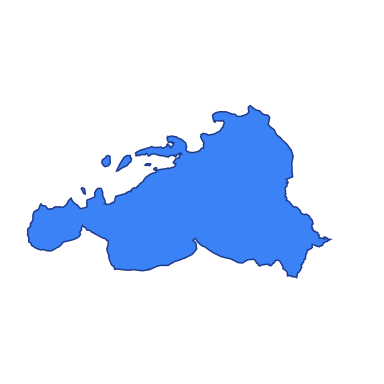 outline of Central Malekula, Malampa, Vanuatu, rotated 287°
{"feature_id": "77236927B27410418950848", "entity_name": "Central Malekula", "entity_type": "district", "adm_level": 2, "iso_a3": "VUT", "parent_name": "Vanuatu", "parent_adm1": "Malampa", "projection": "robinson", "projection_center": [167.441, -16.165], "detail": "fine", "context": "isolated", "style": "filled", "palette": "blue", "viewbox_px": 384, "rotation_deg": 287, "n_neighbors": 0, "source": "geoboundaries", "source_scale": "gbopen_adm2", "svg_char_len": 6073}
<svg xmlns="http://www.w3.org/2000/svg" viewBox="0 0 384 384"><g transform="rotate(287 192 192)"><path d="M291.6,222.3L289.7,221.1L286.6,222.1L285.5,223.0L284.4,222.9L281.7,220.9L278.5,216.4L277.5,213.2L278.9,210.6L278.3,207.6L278.6,200.9L276.8,195.0L274.7,191.5L273.0,190.0L271.4,189.2L270.7,189.5L267.6,191.1L265.8,192.6L265.4,193.5L267.2,193.8L268.4,199.4L269.2,200.2L269.1,201.1L267.6,202.7L264.3,202.4L263.6,202.9L261.9,201.8L258.8,201.1L253.8,196.1L251.3,191.4L251.6,189.6L251.4,185.7L249.5,183.8L248.8,184.5L247.6,184.1L246.2,185.0L243.5,187.7L243.0,189.1L240.5,189.1L237.4,190.3L236.6,188.3L233.8,187.2L231.9,185.1L230.0,181.5L229.3,178.5L229.5,175.3L230.6,173.7L233.3,173.8L237.1,171.5L239.3,166.3L239.5,162.7L240.2,161.1L239.4,155.6L237.3,152.9L237.8,152.6L236.6,152.2L234.4,153.4L232.5,155.1L233.3,156.8L234.0,157.3L233.5,158.3L232.7,158.7L232.5,159.9L233.8,159.4L234.0,160.3L232.9,160.1L231.6,160.5L228.1,158.7L229.6,157.3L229.7,156.4L230.8,154.7L229.6,154.1L228.6,154.7L225.9,152.2L225.6,150.9L225.9,149.1L224.9,147.2L223.4,142.3L223.7,140.0L222.8,139.4L216.8,130.3L213.4,126.9L212.3,126.6L211.5,127.8L210.4,127.6L210.2,128.0L211.2,129.3L211.3,130.8L213.2,133.0L213.9,136.3L215.6,136.8L215.4,137.7L213.7,139.8L214.2,140.7L216.0,141.9L217.3,144.1L217.6,147.6L217.3,148.6L217.6,151.8L218.5,154.7L218.1,155.8L218.6,159.3L219.3,159.3L220.5,160.7L222.0,163.9L222.3,165.0L221.9,164.2L221.2,164.3L221.0,165.8L222.1,166.6L222.6,166.1L225.7,169.1L225.8,170.1L225.2,169.8L224.8,170.9L223.8,169.3L221.7,169.4L220.9,170.0L219.5,166.8L218.3,166.8L215.0,165.4L213.9,166.4L213.8,167.0L214.4,167.9L213.7,168.6L212.3,168.5L210.8,167.7L207.7,163.0L207.9,162.2L206.7,160.4L203.8,154.0L201.6,151.9L200.0,151.6L198.7,149.2L196.9,147.0L192.8,143.7L190.3,142.6L187.9,142.2L184.2,139.5L183.5,139.5L181.1,137.9L180.0,138.0L178.8,135.0L177.1,133.7L175.4,133.0L174.5,133.5L174.0,131.2L172.9,130.6L172.4,129.5L171.7,129.7L171.4,129.4L165.5,120.3L161.0,120.6L158.8,120.2L158.7,119.0L156.5,117.0L155.6,115.6L155.2,112.5L155.5,112.9L159.6,110.3L161.9,107.9L165.7,106.6L168.7,104.3L168.7,103.0L167.9,101.1L166.2,99.9L162.9,99.2L159.6,100.3L158.4,100.1L153.6,94.0L150.6,94.6L147.7,95.9L147.0,95.7L145.2,93.5L143.7,90.5L143.6,89.7L146.0,86.2L146.6,83.3L148.6,80.0L150.8,78.2L147.7,76.4L144.7,76.0L142.2,75.1L140.0,73.5L139.1,71.6L139.2,69.5L138.2,69.0L138.5,68.4L138.2,66.2L136.6,64.2L135.3,63.8L134.3,61.0L133.8,60.6L133.8,58.9L135.8,56.0L135.2,52.7L136.5,51.1L134.7,50.5L131.4,50.5L129.2,49.3L129.1,48.7L127.4,47.1L126.3,46.7L123.7,46.6L118.9,48.0L115.5,47.4L115.3,46.8L112.8,47.1L112.0,47.8L108.8,45.8L106.5,46.3L105.4,47.0L103.6,46.9L100.3,49.4L96.6,50.5L95.8,53.2L94.0,54.2L92.5,60.1L92.4,63.0L92.5,64.6L93.6,66.7L93.4,69.5L94.0,73.2L95.2,75.4L99.6,79.4L100.4,80.6L103.5,82.5L105.6,83.1L106.8,84.1L111.1,91.4L113.8,94.9L116.1,96.9L118.7,97.8L120.9,96.4L123.4,97.4L125.9,96.7L127.9,97.2L127.1,98.6L126.6,101.1L125.1,102.0L124.8,102.9L125.6,105.5L124.6,106.9L121.9,120.2L122.1,122.6L120.7,124.7L121.1,125.4L120.7,126.2L117.0,127.2L112.6,127.3L111.2,127.9L106.6,131.3L105.2,131.5L102.7,133.1L98.7,136.5L97.7,139.4L95.5,140.6L96.6,143.4L98.0,151.6L99.1,155.5L100.6,158.5L102.1,167.3L104.2,171.9L105.3,172.6L104.9,173.0L105.6,174.5L110.5,179.9L112.5,183.1L114.2,188.8L115.3,191.3L117.4,192.6L118.1,193.7L120.1,195.3L124.1,201.1L125.3,202.2L126.2,203.9L132.5,210.5L138.9,213.1L143.7,211.0L145.4,208.9L145.8,207.1L147.6,207.7L148.5,209.0L145.6,212.2L145.3,213.4L144.4,214.7L143.3,218.2L143.4,220.3L141.2,226.1L140.8,228.7L140.3,229.2L138.7,239.0L139.0,240.2L138.8,241.8L139.4,248.6L138.0,256.8L138.8,260.9L143.5,265.2L145.7,270.6L145.7,271.2L143.7,274.1L143.0,274.4L142.7,276.1L141.6,276.6L141.0,278.4L142.7,280.1L145.1,285.4L145.2,286.7L144.5,286.9L144.7,287.6L144.4,288.3L144.6,289.0L145.7,289.8L147.3,290.2L148.2,291.2L151.1,292.0L152.0,294.5L151.5,296.2L147.7,300.3L145.8,301.6L145.2,301.5L144.8,303.3L143.7,305.8L142.5,306.8L139.7,307.8L139.7,308.2L140.7,309.4L140.4,310.7L140.8,311.2L140.3,312.5L141.1,316.0L140.8,317.1L145.7,316.7L146.6,317.7L149.5,318.6L152.8,318.8L153.7,317.8L154.4,317.7L155.4,318.6L155.9,318.2L157.4,319.2L160.3,319.0L161.1,320.0L164.8,319.2L167.8,319.6L170.3,319.3L170.6,320.3L172.0,321.3L172.6,322.4L174.4,323.3L175.8,322.3L176.7,322.5L177.2,323.4L176.7,326.5L176.9,329.9L178.1,330.5L178.4,331.7L179.6,332.5L180.5,332.3L183.7,334.2L184.2,335.8L185.1,336.1L187.1,338.2L186.8,335.6L187.9,333.5L187.6,333.1L187.6,331.7L186.0,332.7L185.7,332.1L186.1,330.5L185.5,329.2L185.7,328.2L185.3,327.3L186.0,326.4L187.5,326.4L188.2,325.8L188.3,325.1L189.7,324.3L190.1,323.7L189.7,322.5L190.5,321.5L190.3,319.5L191.5,318.4L192.0,318.5L192.7,318.0L192.7,317.1L196.2,316.3L196.8,317.1L197.5,316.8L200.3,315.0L201.1,314.0L201.2,312.7L201.9,312.5L203.6,310.7L203.5,309.6L204.3,308.2L203.1,305.4L203.6,302.8L204.5,301.7L205.7,301.1L207.9,297.0L208.1,296.2L207.5,293.4L211.3,287.4L211.8,284.5L212.6,284.8L213.5,284.5L215.0,283.4L214.8,282.6L215.7,281.9L217.4,282.4L219.1,281.3L220.5,281.2L221.8,280.3L224.0,279.8L224.9,281.0L227.4,280.7L227.9,280.0L228.8,281.1L229.4,281.1L229.7,280.1L231.3,279.2L231.6,278.4L236.0,283.8L238.9,282.4L249.0,278.9L255.7,278.3L261.0,274.7L265.6,268.6L267.9,263.5L269.9,260.5L271.5,256.0L275.6,252.4L277.2,247.7L278.9,245.1L286.0,244.5L287.5,242.3L287.5,240.4L287.0,239.1L287.5,236.3L289.4,232.8L289.1,229.1L291.6,222.3ZM190.0,113.6L190.7,115.1L194.4,117.9L198.2,122.1L201.6,123.5L202.4,124.4L203.9,124.8L204.9,124.3L206.0,124.5L206.6,124.2L207.0,122.8L208.9,122.3L207.7,118.9L205.3,116.9L198.0,114.9L190.0,113.6ZM195.7,105.4L202.2,103.0L202.3,100.9L200.9,99.3L199.7,99.5L196.8,97.1L195.5,96.8L193.1,97.5L191.0,100.5L190.8,101.5L192.9,104.5L195.7,105.4ZM163.2,88.6L163.9,87.6L164.0,86.0L163.7,85.3L162.5,85.2L162.1,86.0L159.5,88.3L158.9,89.3L158.9,90.5L163.2,88.6ZM205.2,144.1L206.5,144.4L206.8,143.9L206.6,142.6L205.5,140.1L204.0,139.2L204.1,140.8L205.0,141.4L204.5,143.0L205.2,144.1ZM202.7,148.7L202.0,149.6L202.1,150.6L203.3,151.5L204.5,151.3L204.8,150.7L204.4,149.8L203.3,148.7L202.7,148.7Z" fill="#3b82f6" stroke="#1e3a8a" stroke-width="1.5"/></g></svg>